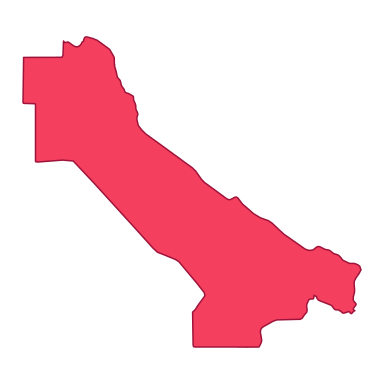 SVG path tracing the border of Chardzhou
{"feature_id": "TKM-359", "entity_name": "Chardzhou", "entity_type": "Province", "adm_level": 1, "iso_a3": "TKM", "parent_name": "Turkmenistan", "parent_adm1": "", "projection": "equal_earth", "projection_center": [63.989, 39.075], "detail": "fine", "context": "isolated", "style": "filled", "palette": "rose", "viewbox_px": 384, "rotation_deg": 0, "n_neighbors": 0, "source": "natural_earth", "source_scale": "10m", "svg_char_len": 2879}
<svg xmlns="http://www.w3.org/2000/svg" viewBox="0 0 384 384"><path d="M336.2,309.9L335.6,309.8L334.5,309.2L333.6,308.2L332.1,306.1L331.1,305.2L319.1,300.5L318.0,299.7L317.7,299.3L317.2,298.6L316.3,296.5L315.9,296.2L314.8,295.9L314.0,295.5L313.9,296.5L313.6,298.4L312.9,299.0L310.7,299.0L309.7,299.2L309.1,299.6L308.6,300.3L308.0,301.5L307.4,302.9L306.8,304.4L306.6,306.0L307.0,309.0L307.1,310.6L306.8,312.0L306.1,313.0L304.6,314.6L302.2,318.2L300.3,319.3L299.6,319.3L276.8,319.9L272.9,321.3L263.2,326.8L261.6,328.1L260.6,329.9L260.4,332.6L261.4,338.0L261.7,340.8L261.0,343.2L259.0,347.0L246.5,347.1L235.5,347.0L220.6,347.0L207.8,347.0L195.1,347.0L193.5,346.6L193.1,344.7L192.6,312.1L194.7,310.2L195.6,309.1L197.7,305.7L204.9,295.8L204.3,292.7L197.1,283.5L178.8,261.6L175.3,259.4L163.0,254.4L157.6,252.3L152.8,247.9L135.9,229.1L92.9,181.9L82.9,171.3L75.0,162.9L73.2,161.0L62.6,160.1L38.2,162.0L35.9,161.8L35.5,161.3L35.5,148.6L35.5,126.4L35.5,105.5L35.4,104.6L35.2,103.9L34.5,103.7L24.1,103.4L23.4,103.2L23.1,102.7L23.0,102.0L23.6,57.5L24.0,57.4L61.9,57.3L62.7,56.0L63.0,54.9L63.4,43.1L63.4,41.8L63.7,41.2L63.9,41.4L64.1,42.0L64.3,42.6L67.4,42.1L68.4,42.1L73.7,45.9L75.8,46.8L77.8,46.7L79.6,45.8L81.1,44.2L82.1,42.1L83.4,41.3L84.0,38.9L84.7,37.5L85.9,36.9L87.8,37.1L92.8,38.5L97.4,40.4L109.0,48.9L110.0,50.0L113.7,56.4L114.2,57.6L114.3,59.0L114.4,63.8L114.7,64.8L114.3,65.3L114.8,66.7L116.4,72.5L117.0,75.6L117.4,77.1L118.0,78.0L119.7,79.9L120.3,80.8L121.3,85.0L122.0,86.5L123.9,89.1L124.2,89.7L124.7,91.3L124.7,91.5L125.0,91.9L126.1,92.8L128.6,93.5L132.9,96.0L133.4,96.6L133.6,99.6L133.9,100.8L135.2,103.6L135.6,104.8L135.8,106.2L135.8,108.0L136.0,109.4L137.6,112.9L137.8,114.4L137.5,115.7L137.1,116.9L136.8,118.4L137.0,120.0L137.9,123.9L138.4,125.7L142.2,130.5L142.7,130.9L145.8,134.0L151.9,138.4L159.1,143.6L167.6,149.8L185.0,162.5L192.3,167.8L195.6,171.0L201.3,179.1L204.5,182.5L210.4,186.8L217.8,192.2L226.3,198.5L227.9,199.4L229.4,199.7L230.8,199.4L234.9,197.2L236.5,197.1L237.8,197.9L239.4,200.0L242.4,204.0L253.6,213.7L260.4,217.8L268.2,220.6L271.8,222.9L278.9,229.6L284.0,234.3L291.2,239.3L296.5,243.0L305.3,249.2L308.9,250.4L312.5,250.1L313.9,249.3L316.4,247.2L318.0,246.5L319.8,246.7L325.1,249.4L328.7,250.0L330.2,250.8L333.5,253.5L337.0,254.6L338.7,255.4L340.3,257.0L342.8,260.2L348.2,262.8L349.9,263.4L354.0,263.4L356.0,264.0L358.0,264.9L359.8,266.3L360.4,268.2L361.0,269.7L359.0,273.6L356.1,277.7L354.3,281.1L354.1,283.9L354.6,289.4L354.5,292.2L353.3,297.0L353.2,299.5L353.9,301.5L355.0,302.5L355.8,303.4L356.1,304.5L355.2,306.0L354.3,307.1L353.5,308.3L353.4,309.6L354.7,310.7L353.8,311.3L352.9,312.1L352.1,313.1L351.6,313.5L351.1,313.6L350.4,313.2L349.6,312.0L349.0,311.7L347.8,311.9L344.1,313.1L342.7,313.0L341.6,312.1L340.7,311.2L340.3,311.0L339.8,310.7L339.3,310.6L338.6,309.9L338.0,309.8L336.2,309.9Z" fill="#f43f5e" stroke="#9f1239" stroke-width="1.5"/></svg>